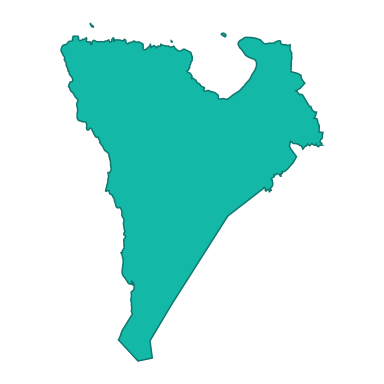 Gazelle District, East New Britain, Papua New Guinea
{"feature_id": "67681753B97447526422364", "entity_name": "Gazelle District", "entity_type": "district", "adm_level": 2, "iso_a3": "PNG", "parent_name": "Papua New Guinea", "parent_adm1": "East New Britain", "projection": "robinson", "projection_center": [151.83, -4.567], "detail": "fine", "context": "isolated", "style": "filled", "palette": "teal", "viewbox_px": 384, "rotation_deg": 0, "n_neighbors": 0, "source": "geoboundaries", "source_scale": "gbopen_adm2", "svg_char_len": 5762}
<svg xmlns="http://www.w3.org/2000/svg" viewBox="0 0 384 384"><path d="M290.2,44.8L287.9,45.5L286.1,44.8L283.4,44.7L281.5,44.1L280.7,43.4L280.6,41.4L280.1,40.8L279.2,40.7L276.3,41.5L273.2,43.3L269.7,43.1L265.8,43.9L264.3,43.6L263.1,42.8L260.3,39.8L255.8,38.3L252.1,37.6L245.8,37.3L244.2,37.8L242.0,39.5L240.1,40.4L238.8,41.8L238.3,42.8L238.2,44.5L239.5,47.4L242.4,50.5L245.6,55.3L248.9,57.3L251.8,58.5L253.8,58.9L255.4,60.5L256.1,61.3L256.6,63.8L256.4,66.2L255.1,69.9L252.0,74.6L250.6,77.8L249.2,79.9L245.1,84.4L243.7,86.6L242.9,87.0L239.9,90.4L238.4,91.5L233.0,94.9L229.1,98.2L226.5,99.4L223.4,98.5L221.2,99.0L218.9,98.7L218.1,97.8L218.4,96.4L218.3,95.3L215.2,92.8L212.2,91.7L210.7,91.9L209.4,90.6L207.2,90.5L205.4,91.4L204.2,90.8L203.5,90.2L203.4,89.8L204.4,88.8L204.4,87.9L204.1,87.4L201.8,86.6L201.0,85.9L199.5,83.8L198.8,83.7L196.5,81.8L196.1,80.5L195.7,80.1L194.6,79.5L193.3,78.3L191.5,78.6L191.3,78.2L192.1,77.0L191.7,75.4L189.9,73.1L188.0,72.2L187.2,71.4L187.3,70.6L188.4,69.9L189.7,67.6L189.6,66.1L189.9,65.0L190.7,63.9L190.9,62.3L192.1,60.6L192.3,57.0L190.7,52.3L184.3,49.2L183.1,49.3L181.4,50.7L180.7,51.0L178.8,51.0L177.5,50.4L175.2,48.3L173.7,46.1L172.3,46.9L170.2,47.1L168.4,46.0L166.9,46.1L164.6,45.7L161.9,45.0L161.0,44.2L160.7,44.3L160.8,45.6L160.4,46.3L158.1,46.0L156.5,47.9L155.8,46.7L154.0,45.6L153.1,46.2L152.3,46.3L151.6,47.3L150.9,47.6L150.4,43.7L150.0,45.5L149.5,46.2L146.2,49.2L144.5,49.9L143.5,49.5L142.9,48.7L143.2,47.4L143.1,44.5L142.8,44.0L139.3,42.0L138.2,41.9L136.0,42.3L134.9,41.4L133.7,41.0L132.6,42.0L129.2,42.7L128.1,43.6L127.0,43.7L126.4,43.2L125.8,42.0L125.9,40.7L124.9,39.4L124.2,39.4L123.1,41.0L119.7,40.0L115.5,39.9L115.0,40.1L114.1,41.4L113.8,41.4L114.1,39.2L113.5,37.9L113.1,37.9L111.8,39.5L111.7,40.9L111.1,41.8L110.4,42.2L109.6,42.2L108.8,39.9L106.7,41.1L105.2,41.0L104.0,42.0L100.8,41.6L96.8,41.8L94.5,40.5L93.7,40.4L92.3,41.6L91.9,42.7L92.1,44.0L91.0,44.5L90.1,41.9L87.1,41.8L86.3,41.1L86.7,38.7L86.3,37.8L85.0,38.9L84.0,39.3L82.6,39.3L81.6,40.4L79.4,40.4L78.5,39.6L78.6,38.1L78.3,36.7L77.9,36.2L73.3,36.2L72.9,36.9L72.9,38.0L72.4,39.0L72.6,40.6L72.0,41.0L68.9,41.4L66.1,44.7L64.6,44.6L63.2,45.3L62.1,46.4L61.1,49.3L61.1,50.9L63.3,55.5L64.4,56.7L64.7,57.6L64.3,59.4L64.4,60.1L66.3,63.1L66.2,65.4L67.9,69.0L68.1,71.1L69.2,72.1L69.4,74.2L72.5,78.2L72.7,80.8L71.9,81.8L70.6,81.8L70.0,82.3L68.5,86.1L68.6,86.7L69.4,87.5L70.0,89.3L71.0,91.2L73.3,93.4L75.4,97.2L76.7,98.3L78.1,100.3L76.7,103.7L76.7,105.5L77.5,108.1L77.6,111.0L77.1,113.4L77.2,118.4L78.6,120.5L79.2,120.8L80.1,120.5L82.0,121.8L84.8,121.7L86.0,122.5L86.9,124.8L86.5,127.7L86.8,129.2L87.6,130.1L88.6,129.9L89.9,128.1L90.8,128.2L91.7,129.2L94.1,134.3L95.6,136.8L96.5,137.3L98.1,137.3L99.9,141.3L99.7,142.5L103.0,146.8L103.6,148.6L105.0,150.6L107.0,152.0L108.6,153.6L109.0,154.6L109.0,156.5L109.5,157.5L109.8,159.4L110.4,161.0L110.7,166.4L111.2,167.6L111.1,169.6L110.0,172.2L109.4,172.8L108.0,172.5L108.2,174.4L108.7,175.9L108.0,179.0L107.7,182.8L106.9,185.2L105.6,191.0L106.3,191.3L108.1,190.4L108.9,190.7L109.6,193.4L110.1,194.1L111.7,194.7L112.3,195.3L112.7,196.6L114.4,199.2L114.4,201.0L115.0,202.1L116.1,206.5L116.7,207.3L118.3,208.0L119.8,207.4L120.2,207.5L121.0,209.0L121.9,211.5L121.9,215.6L124.0,219.6L124.1,220.5L123.5,222.2L123.4,223.6L124.5,230.7L125.1,231.5L123.8,233.4L123.8,234.6L125.7,236.6L125.1,237.9L124.0,239.1L123.7,240.5L124.0,242.9L123.9,245.5L124.2,246.4L124.1,248.0L122.3,250.9L122.2,251.4L122.5,252.2L121.0,252.7L122.1,255.1L123.1,259.5L123.2,262.3L122.1,270.6L122.1,272.8L122.3,273.8L123.4,276.1L125.5,278.7L128.4,283.4L130.1,284.1L131.4,284.1L132.7,284.8L132.9,284.3L131.6,282.9L131.7,281.3L133.7,283.6L134.1,284.9L134.1,288.2L133.6,290.0L131.1,292.2L131.5,295.5L130.8,300.0L131.5,302.9L131.4,305.5L131.7,306.6L131.7,308.7L131.3,310.8L131.7,312.4L132.2,313.2L132.2,314.3L122.2,330.5L120.7,334.5L120.9,335.0L120.3,335.8L119.2,338.7L118.4,339.8L138.0,361.0L152.3,358.0L150.0,340.8L171.1,305.3L227.8,216.0L263.5,188.4L264.2,187.4L265.3,188.1L265.3,190.6L265.5,190.9L266.4,190.9L266.9,189.8L267.7,189.9L268.1,189.5L268.9,189.3L269.4,189.9L269.2,191.2L269.3,191.8L269.5,191.8L270.5,190.5L271.2,190.3L270.4,188.3L271.9,186.8L272.8,184.5L272.6,182.1L272.2,181.1L272.4,180.2L271.3,179.1L271.3,178.4L273.8,177.1L274.3,176.4L274.3,175.9L273.8,175.0L274.3,174.7L275.8,174.8L276.5,173.7L277.1,173.7L278.6,174.0L279.6,174.8L279.9,175.6L280.9,176.3L281.1,176.2L280.4,174.1L280.6,173.8L281.0,174.2L282.2,173.4L282.1,171.7L282.3,171.5L282.8,172.0L284.8,171.3L287.3,169.3L293.2,162.6L296.5,156.7L290.9,149.1L289.4,146.1L290.5,141.4L291.0,142.0L291.9,142.2L292.6,143.0L293.8,143.6L294.9,143.5L296.8,143.8L298.8,144.5L299.6,145.3L301.0,145.7L302.3,147.5L302.7,149.1L303.2,148.9L304.5,146.8L305.5,146.1L306.2,146.1L307.5,144.1L307.9,144.8L309.8,145.7L311.9,143.5L312.4,144.2L314.3,145.3L315.2,145.2L316.1,144.0L316.5,145.4L318.0,146.7L318.6,146.7L319.2,145.6L320.3,145.2L321.9,145.1L321.7,145.0L321.8,143.6L321.4,142.9L320.3,142.6L320.0,141.7L320.9,139.4L322.4,138.0L322.3,135.7L322.9,132.5L319.0,132.0L319.3,126.0L318.8,124.5L318.0,123.4L317.5,120.1L316.9,118.8L316.0,118.4L313.9,118.4L315.6,115.6L316.5,112.1L316.2,111.9L315.6,112.3L314.6,112.0L312.2,110.1L310.8,106.5L309.5,106.5L302.8,95.3L301.8,94.5L300.0,94.2L299.3,94.7L297.2,91.5L295.7,90.9L300.1,88.4L304.8,83.2L301.8,79.3L301.1,77.1L301.1,75.4L297.6,73.4L291.0,71.7L291.4,60.0L291.9,58.7L291.6,54.8L291.7,52.9L291.0,51.8L289.9,48.8L290.2,44.8ZM225.1,36.8L225.8,36.2L225.8,34.8L225.4,34.2L223.8,33.2L222.6,33.2L221.5,33.7L221.4,34.3L221.7,34.9L225.1,36.8ZM93.3,27.1L93.5,26.7L92.5,25.5L91.7,25.4L91.3,25.8L91.5,26.5L93.3,27.1ZM171.9,42.1L172.2,41.5L171.2,40.8L171.3,42.0L171.9,42.1ZM90.6,24.9L91.0,24.4L90.3,23.0L90.3,24.6L90.6,24.9Z" fill="#14b8a6" stroke="#0f766e" stroke-width="1.5"/></svg>